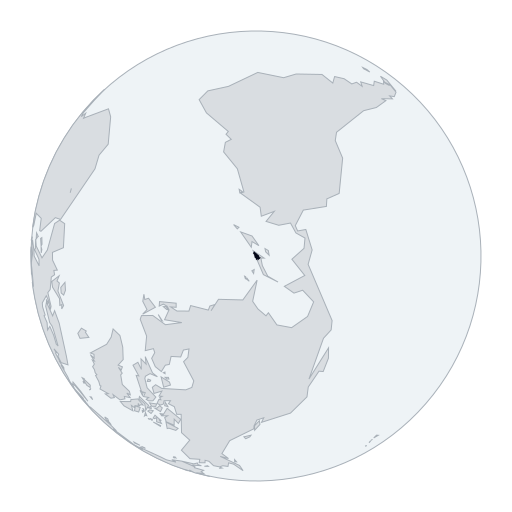 globe centered on Holguín, rotated 221°
{"feature_id": "CUB-1367", "entity_name": "Holguín", "entity_type": "Province", "adm_level": 1, "iso_a3": "CUB", "parent_name": "Cuba", "parent_adm1": "", "projection": "orthographic", "projection_center": [-75.695, 20.824], "detail": "fine", "context": "on_globe", "style": "filled", "palette": "ink", "viewbox_px": 512, "rotation_deg": 221, "n_neighbors": 0, "source": "natural_earth", "source_scale": "10m", "svg_char_len": 10714}
<svg xmlns="http://www.w3.org/2000/svg" viewBox="0 0 512 512"><g transform="rotate(221 256 256)"><circle cx="256" cy="256" r="225" fill="#eef3f6" stroke="#a8b0b8"/><path d="M246.3,304.7L241.0,302.2L235.8,308.7L217.6,297.4L211.2,283.9L156.2,257.2L150.8,249.5L151.1,238.2L135.3,197.9L141.0,234.3L134.3,226.4L129.5,212.9L132.9,210.4L130.6,191.4L125.1,183.1L126.9,160.1L142.7,134.1L144.0,139.0L147.7,132.8L146.1,126.6L144.3,124.1L154.7,99.4L152.1,84.5L143.9,85.1L151.5,81.3L131.0,87.1L124.9,85.5L136.4,84.2L141.0,81.9L139.1,78.8L143.5,75.9L145.1,73.0L150.5,69.9L156.8,70.2L160.4,68.4L158.8,66.5L163.3,62.7L165.0,65.7L172.9,59.7L184.9,60.5L185.2,73.6L196.3,73.8L208.6,87.4L212.0,84.5L218.8,88.7L225.2,87.1L225.6,90.7L230.4,86.5L228.8,83.5L230.3,80.8L234.0,79.8L235.2,84.0L233.5,85.1L235.8,85.9L234.8,88.5L237.3,86.7L238.4,92.3L242.8,85.4L248.1,88.9L247.3,93.0L240.3,94.2L221.2,108.9L218.2,114.7L221.0,120.9L241.3,128.7L240.9,134.8L245.6,141.9L249.1,137.4L246.6,130.4L254.2,124.5L250.3,117.3L252.8,114.1L251.6,106.7L259.4,106.4L267.6,110.3L269.0,116.6L272.6,118.8L277.5,111.9L286.0,123.8L301.9,132.3L303.3,135.9L294.9,143.4L279.3,144.7L268.3,157.1L283.2,147.9L286.3,158.3L290.1,159.8L294.4,158.9L296.2,154.7L298.9,158.3L285.3,168.0L282.6,164.9L287.0,161.6L279.6,162.6L270.5,170.4L272.8,175.7L256.5,183.9L258.0,188.0L255.2,192.4L254.0,185.2L255.9,198.7L237.1,214.2L239.3,238.5L228.8,219.6L219.9,217.3L209.2,217.4L209.4,221.3L195.0,217.7L182.1,225.3L177.4,244.2L182.4,259.2L198.3,260.8L203.0,252.9L214.7,251.7L206.4,273.3L226.8,277.1L224.8,293.3L230.8,301.7L241.0,299.6L251.6,303.5L259.0,294.1L271.1,288.7L271.5,301.7L278.1,289.5L284.9,295.5L308.9,293.3L307.1,296.4L327.3,309.6L348.7,313.3L353.7,321.7L351.2,327.8L358.5,328.2L358.6,331.8L387.3,331.5L401.5,336.7L400.7,349.0L388.1,365.9L375.1,395.7L352.1,408.7L345.1,419.7L325.3,436.3L311.5,436.9L314.4,443.0L305.8,447.6L296.6,448.7L294.1,453.1L287.2,453.7L291.2,456.1L279.0,461.8L281.4,465.5L272.3,469.4L274.1,471.2L271.0,471.3L267.5,472.1L266.9,473.1L257.8,471.5L256.2,467.0L260.2,464.5L256.1,464.1L264.6,457.0L259.9,458.5L262.6,447.0L270.1,436.3L276.4,402.2L271.9,395.1L254.8,386.7L234.3,357.8L240.0,345.6L235.4,339.6L250.4,321.7L246.3,304.7ZM46.1,200.9L47.8,195.9L47.5,199.9L46.1,200.9ZM48.3,192.3L47.8,194.1L48.2,192.5L48.3,192.3ZM48.3,190.8L48.3,191.9L48.1,191.1L48.3,190.8ZM48.0,189.3L48.2,189.9L48.1,190.0L48.0,189.3ZM238.2,246.8L261.6,258.1L248.4,259.8L250.9,257.6L244.9,252.9L233.9,248.5L222.3,250.8L238.2,246.8ZM48.2,185.6L48.3,184.5L48.7,184.6L48.2,185.6ZM248.5,233.4L244.5,232.5L248.4,232.3L248.5,233.4ZM142.7,123.6L145.7,126.9L145.4,133.9L142.5,131.4L142.7,123.6ZM143.9,111.3L146.5,111.6L142.2,117.5L142.0,115.5L143.9,111.3ZM137.1,86.7L138.6,88.3L135.6,87.9L137.1,86.7ZM144.4,73.1L142.5,73.7L144.1,72.0L144.4,73.1ZM247.4,107.5L249.4,107.1L248.6,108.7L247.4,107.5ZM245.0,104.8L242.5,106.9L241.0,106.0L242.5,104.7L245.0,104.8ZM153.9,66.0L157.0,63.4L154.9,66.0L153.9,66.0ZM248.3,102.5L238.6,104.1L235.9,102.5L239.6,96.4L248.3,102.5ZM159.6,61.9L167.1,56.2L163.7,56.8L177.6,52.4L166.6,58.3L164.5,61.3L163.0,60.5L159.6,61.9ZM226.7,83.1L228.6,86.1L223.6,84.6L226.7,83.1ZM223.1,82.8L205.7,83.3L204.7,78.7L210.7,79.2L206.8,74.6L214.9,72.0L218.9,74.1L217.9,77.4L221.7,74.0L223.1,82.8ZM184.1,51.1L186.9,50.0L185.2,51.3L184.1,51.1ZM230.6,79.7L227.1,79.9L226.0,75.9L232.7,74.7L230.9,76.3L230.6,79.7ZM201.7,74.8L202.1,71.8L208.8,68.9L209.8,67.5L215.0,71.6L201.7,74.8ZM233.0,76.7L236.1,74.2L240.0,75.3L233.9,79.1L233.0,76.7ZM222.9,75.5L222.7,73.6L225.0,74.2L222.9,75.5ZM255.4,78.5L251.3,78.5L250.3,76.3L255.4,78.5ZM237.0,73.2L235.7,72.8L234.9,72.1L237.7,70.8L237.0,73.2ZM219.3,69.5L222.0,69.0L217.5,67.6L222.3,65.7L224.9,68.9L225.8,66.7L227.3,66.2L227.8,69.6L219.3,69.5ZM238.0,67.3L242.9,71.4L250.7,71.6L251.8,73.5L239.0,72.8L238.0,67.3ZM231.9,68.3L235.9,68.0L235.2,70.2L232.0,71.8L231.9,68.3ZM224.7,63.3L216.7,65.4L216.4,64.7L224.7,63.3ZM240.4,66.9L239.2,65.9L241.1,66.6L240.4,66.9ZM229.7,63.8L226.9,64.6L226.6,63.7L229.7,63.8ZM239.1,63.6L240.6,64.8L238.5,65.8L239.1,63.6ZM234.9,63.4L235.2,62.0L236.8,65.4L233.7,63.8L234.9,63.4ZM229.9,62.9L228.9,62.6L231.1,62.7L229.9,62.9ZM246.2,59.5L248.7,63.7L244.0,65.7L242.2,61.3L246.2,59.5ZM272.7,474.6L258.5,472.2L266.6,473.3L272.8,471.6L280.0,473.3L272.7,474.6ZM290.8,469.5L297.7,467.9L299.2,468.3L294.7,469.5L290.8,469.5ZM429.1,111.9L431.8,115.5L426.2,109.5L414.0,95.5L413.3,94.7L429.1,111.9ZM402.7,85.0L400.5,83.2L402.7,85.0ZM395.8,79.4L401.7,84.3L403.4,85.6L407.8,89.6L406.5,88.7L403.8,86.2L404.5,87.5L417.4,99.9L420.5,102.6L426.1,111.1L431.8,116.6L435.5,121.8L427.3,114.5L423.4,110.4L413.2,106.3L417.7,111.2L427.7,115.7L427.3,116.7L433.5,124.4L428.4,119.3L416.3,114.2L417.4,123.6L429.3,148.4L427.7,154.2L421.6,154.9L406.8,135.9L412.0,125.2L406.8,119.4L396.7,115.0L399.1,112.5L395.7,109.7L396.7,105.9L389.4,95.7L389.1,91.8L377.7,83.6L376.0,80.7L383.3,86.2L388.2,88.4L386.5,80.4L383.7,77.6L376.4,73.1L376.8,71.9L370.0,68.7L364.8,63.4L365.4,67.6L356.8,63.5L349.0,58.5L346.3,58.2L359.0,66.5L363.9,69.3L368.0,70.4L381.6,80.0L384.0,83.8L370.2,77.4L372.1,82.6L360.5,76.2L333.4,56.0L326.5,50.5L333.1,47.7L339.7,50.4L340.5,52.4L347.6,53.4L343.3,51.9L343.6,51.2L335.5,48.0L335.4,47.5L327.9,45.7L326.8,44.7L331.6,45.8L318.8,41.3L314.3,39.2L311.4,38.5L309.7,38.4L305.2,36.4L303.3,36.0L304.0,36.5L300.7,36.2L293.1,35.3L292.0,34.6L294.5,34.9L298.2,34.9L305.3,36.2L304.1,35.9L297.7,34.7L293.1,34.6L288.9,34.3L290.1,33.9L289.3,34.0L286.9,33.7L283.3,32.9L281.6,33.3L256.0,33.2L246.6,32.5L250.5,31.7L231.4,33.1L222.4,33.7L223.1,33.9L214.4,35.6L217.1,35.4L216.8,35.7L195.7,41.9L189.9,43.4L181.6,47.7L182.0,48.0L185.9,47.0L177.6,52.4L163.7,56.8L163.6,55.8L154.9,59.9L155.9,57.3L152.7,57.5L158.8,53.3L155.8,54.4L152.7,56.0L146.2,59.3L160.3,52.1L165.9,50.8L164.4,50.5L168.7,48.7L170.6,47.7L169.2,48.1L166.5,49.2L167.0,49.1L182.0,43.2L197.5,38.5L213.2,34.8L229.2,32.3L245.3,31.0L261.4,30.8L277.5,31.8L293.6,33.9L309.4,37.1L324.9,41.5L340.1,47.0L354.9,53.6L369.1,61.2L382.8,69.8L395.8,79.4ZM479.7,282.5L480.2,267.8L480.3,251.0L479.3,246.6L478.2,252.0L476.5,246.8L475.4,249.1L463.9,270.3L457.0,265.7L440.9,243.4L440.6,229.1L434.7,216.1L427.5,155.4L432.6,153.3L434.5,133.6L435.9,133.2L442.8,143.5L449.9,144.1L443.8,133.3L443.4,131.0L451.8,144.5L459.1,158.6L465.5,173.2L470.8,188.2L475.1,203.5L478.2,219.1L480.3,234.9L481.2,250.8L481.0,266.7L479.7,282.5ZM437.7,181.8L439.7,185.9L437.7,181.8ZM309.6,293.0L312.5,295.3L308.7,295.7L309.6,293.0ZM246.6,265.2L251.5,265.5L254.1,267.5L250.3,268.2L246.6,265.2ZM287.9,264.2L293.5,265.0L287.7,266.5L287.9,264.2ZM265.3,259.5L283.4,264.1L272.1,268.5L260.6,265.7L268.5,264.3L265.3,259.5ZM246.3,241.2L249.4,242.1L248.5,244.6L246.3,241.2ZM251.4,233.3L250.2,233.6L248.7,231.6L251.4,233.3ZM287.1,157.7L288.3,157.0L292.7,157.0L290.7,158.9L287.1,157.7ZM311.7,147.5L315.5,153.6L311.4,150.2L309.4,153.6L298.3,151.3L303.4,137.7L303.1,144.0L311.7,147.5ZM285.0,145.3L291.4,147.7L284.1,145.6L285.0,145.3ZM375.5,100.3L378.8,100.3L382.7,104.2L382.9,110.8L377.3,105.1L375.5,100.3ZM382.5,99.6L368.7,92.4L367.9,88.6L370.7,91.9L371.6,90.0L376.3,94.9L389.1,99.0L393.4,102.8L391.6,111.9L389.8,106.6L386.7,106.6L382.5,99.6ZM334.7,86.5L328.7,84.9L334.8,78.4L339.7,80.7L340.4,87.0L334.9,88.0L334.7,86.5ZM256.7,92.3L254.0,93.2L253.7,91.9L255.7,90.0L256.7,92.3ZM253.5,78.6L268.1,87.3L265.8,88.6L277.2,92.9L275.4,98.3L268.1,95.2L275.3,102.9L268.0,102.3L273.6,107.4L257.4,99.9L251.2,100.2L258.8,97.7L260.6,92.7L259.5,90.6L251.7,85.1L239.0,83.8L238.8,79.1L242.0,76.2L244.9,75.8L244.2,78.8L248.7,76.1L249.9,80.2L253.5,78.6ZM279.3,53.0L277.2,55.2L286.5,53.3L287.7,56.2L288.7,55.8L292.4,58.2L298.7,60.6L298.2,62.0L300.8,62.4L303.3,64.2L306.7,65.3L307.1,68.4L311.3,70.1L309.1,70.7L316.3,72.9L311.1,72.7L313.8,75.5L317.4,74.2L310.8,91.4L312.1,99.8L316.0,107.2L306.5,106.7L296.8,99.8L288.3,90.7L288.5,83.2L284.1,84.7L282.9,81.6L286.8,81.7L280.1,79.8L280.1,77.5L272.6,71.3L262.8,70.8L259.8,68.8L263.6,67.8L258.0,66.6L263.2,63.6L261.2,62.2L264.3,58.2L272.9,57.6L270.0,56.2L272.2,53.5L279.3,53.0ZM247.3,58.4L257.3,56.3L262.9,57.2L255.1,63.9L256.2,65.6L251.4,70.6L243.4,69.5L245.5,68.1L245.7,66.5L248.2,67.5L246.4,65.5L249.2,63.7L248.6,61.8L252.0,61.5L247.3,58.4ZM433.1,127.9L433.4,126.9L432.9,124.4L436.8,129.5L433.1,127.9ZM425.2,124.5L424.8,122.6L430.1,128.0L429.7,129.4L425.2,124.5ZM420.1,117.4L424.4,122.1L421.9,120.4L420.1,117.4ZM382.5,84.6L381.5,82.7L383.2,83.5L385.8,85.7L382.5,84.6ZM307.3,50.1L305.2,50.7L303.9,50.1L296.4,49.8L294.9,48.0L298.8,47.4L307.3,50.1ZM436.5,122.5L436.6,121.7L437.5,123.9L436.5,122.5ZM304.5,48.0L301.6,48.0L302.6,47.1L304.5,48.0ZM293.4,46.6L293.9,45.5L293.8,47.7L293.4,46.6ZM287.6,36.1L299.7,38.2L307.4,39.4L310.2,39.1L311.4,40.8L299.6,38.9L287.6,36.1ZM260.0,33.4L257.6,34.3L255.2,33.8L255.4,33.6L260.0,33.4ZM261.0,34.0L264.6,35.3L261.0,35.8L258.9,34.6L261.0,34.0ZM285.0,40.4L288.7,41.0L287.7,41.6L285.0,40.4ZM185.7,49.8L186.8,50.0L184.3,50.6L185.7,49.8ZM218.5,35.6L217.6,36.1L214.8,36.5L218.5,35.6ZM213.7,38.0L217.6,37.2L214.0,38.3L213.7,38.0ZM226.0,35.5L219.3,37.0L225.1,35.2L226.0,35.5Z" fill="#d9dde1" stroke="#a8b0b8" stroke-width="1"/><path d="M253.7,254.3L253.8,254.4L254.3,254.6L254.4,254.8L254.5,254.9L254.7,255.0L254.8,255.0L254.9,254.9L255.0,254.9L255.3,254.9L255.3,255.0L255.4,254.9L255.5,254.8L255.9,254.8L256.0,254.8L256.1,255.0L256.3,255.1L256.4,255.3L256.3,255.5L256.2,255.7L255.9,255.6L255.9,255.8L256.0,255.8L256.3,255.8L256.4,256.0L256.5,256.0L256.4,256.1L256.3,255.9L256.2,255.9L256.0,256.0L255.7,256.0L255.7,256.3L255.8,256.4L255.9,256.5L256.0,256.5L256.0,256.4L256.2,256.2L256.3,256.2L256.3,256.3L256.4,256.5L256.5,256.6L256.8,256.4L256.8,256.5L256.9,256.4L257.0,256.3L257.3,256.5L257.2,256.5L257.3,256.6L257.6,256.6L257.4,256.5L257.4,256.4L257.5,256.4L257.8,256.4L257.9,256.5L258.0,256.5L258.3,256.6L258.6,256.5L258.8,256.6L259.0,256.6L259.4,256.8L259.5,256.8L259.5,257.0L259.4,257.1L259.3,257.3L259.4,257.5L259.2,257.5L258.9,257.5L258.7,257.4L258.6,257.5L258.4,257.5L258.2,257.4L257.9,257.4L257.7,257.5L257.4,257.6L257.2,257.6L257.1,257.4L257.1,257.2L256.8,257.1L256.7,257.1L256.5,257.3L256.4,257.3L256.3,257.2L256.3,257.3L256.1,257.5L255.9,257.5L255.5,257.6L255.4,257.6L255.2,257.5L255.1,257.4L255.0,257.2L254.9,257.1L254.7,257.0L254.5,257.3L254.6,257.5L254.4,257.6L254.2,257.5L254.1,257.4L254.0,257.2L253.9,257.2L253.7,257.1L253.5,256.9L253.4,257.0L253.3,256.9L253.1,256.8L252.9,256.7L252.7,256.5L252.4,256.5L252.4,256.4L252.3,256.5L252.3,256.4L252.2,256.4L252.3,256.4L252.3,256.2L252.2,256.2L252.3,256.0L252.3,255.9L252.4,255.5L252.4,255.4L252.5,255.5L252.8,255.4L253.0,255.4L253.0,255.2L253.3,255.0L253.4,254.9L253.5,254.9L253.6,254.7L253.7,254.3L253.7,254.3ZM256.7,256.1L256.8,256.3L256.7,256.3L256.4,256.2L256.6,256.1L256.7,256.1Z" fill="#0f172a" stroke="#020617" stroke-width="1.5"/></g></svg>